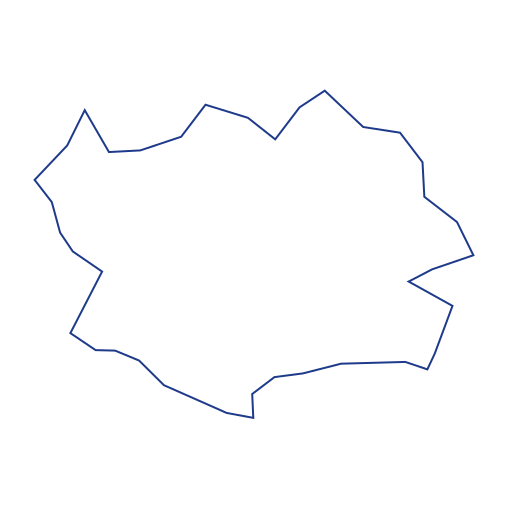 an SVG outline of Glogovac, rotated 267°
{"feature_id": "KOS-5899", "entity_name": "Glogovac", "entity_type": "District", "adm_level": 1, "iso_a3": "XKX", "parent_name": "Kosovo", "parent_adm1": "", "projection": "albers", "projection_center": [20.868, 42.604], "detail": "fine", "context": "isolated", "style": "outline", "palette": "blue", "viewbox_px": 512, "rotation_deg": 267, "n_neighbors": 0, "source": "natural_earth", "source_scale": "10m", "svg_char_len": 625}
<svg xmlns="http://www.w3.org/2000/svg" viewBox="0 0 512 512"><g transform="rotate(267 256 256)"><path d="M133.8,421.2L142.4,399.6L144.0,335.3L136.3,296.7L134.1,268.1L118.4,245.0L94.5,244.8L100.8,218.5L131.8,157.3L157.7,133.8L168.9,110.3L170.4,90.9L188.7,66.6L248.5,101.5L270.1,73.3L289.6,61.6L320.5,54.9L343.6,38.9L376.3,73.3L410.6,92.6L367.5,114.6L367.5,145.9L379.0,187.5L409.7,213.5L394.4,255.2L371.5,281.3L402.2,307.3L417.5,333.3L379.2,369.8L371.6,406.3L340.9,427.2L306.3,427.2L279.4,458.5L245.4,473.1L233.5,431.3L222.5,407.1L195.9,449.6L149.2,429.4L133.8,421.2Z" fill="none" stroke="#1e3a8a" stroke-width="2"/></g></svg>